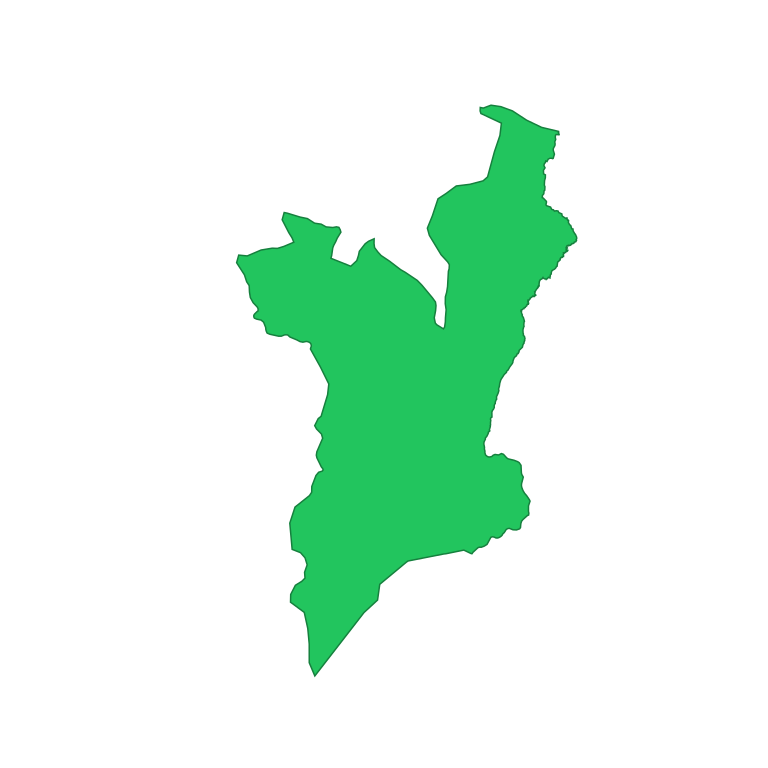 the district of Baboua, Nana-Mambéré, Central African Republic, rotated 197°
{"feature_id": "33826404B17315710707848", "entity_name": "Baboua", "entity_type": "district", "adm_level": 2, "iso_a3": "CAF", "parent_name": "Central African Republic", "parent_adm1": "Nana-Mambéré", "projection": "natural_earth1", "projection_center": [14.687, 5.816], "detail": "fine", "context": "isolated", "style": "filled", "palette": "green", "viewbox_px": 768, "rotation_deg": 197, "n_neighbors": 0, "source": "geoboundaries", "source_scale": "gbopen_adm2", "svg_char_len": 6169}
<svg xmlns="http://www.w3.org/2000/svg" viewBox="0 0 768 768"><g transform="rotate(197 384 384)"><path d="M372.8,676.6L371.9,673.2L370.4,671.0L348.0,667.8L345.8,655.6L346.3,638.5L345.5,612.3L348.7,607.2L360.2,600.1L372.8,594.5L380.5,584.1L386.5,576.9L386.9,559.0L388.1,545.7L384.1,539.4L367.2,524.3L358.7,519.3L356.4,517.2L355.4,513.2L355.4,510.7L351.7,495.7L350.9,490.0L350.8,485.3L348.9,478.7L346.3,473.2L344.6,465.3L343.5,461.3L342.7,456.2L343.3,454.1L350.6,456.0L352.7,457.2L355.3,462.0L356.1,469.2L357.2,474.2L358.8,477.5L362.9,480.6L376.5,489.5L382.5,492.8L396.3,497.0L401.5,498.2L414.7,503.1L424.3,506.0L428.4,508.4L432.9,511.7L434.6,515.4L435.9,520.0L440.5,516.0L443.0,512.6L446.4,503.7L446.0,499.4L446.1,494.0L450.2,486.9L471.5,488.7L471.6,491.5L472.8,499.2L472.6,502.0L471.8,506.0L471.4,509.7L469.6,516.6L471.0,518.7L472.9,520.6L475.4,520.4L478.7,518.7L485.3,517.3L490.8,518.5L497.4,517.5L505.6,519.8L513.1,519.1L526.2,519.1L529.6,518.8L529.4,511.3L519.3,500.9L514.7,496.9L511.7,493.2L520.1,486.2L525.6,482.5L530.6,481.2L540.7,476.2L552.2,466.5L560.6,464.8L560.4,456.9L549.4,447.6L545.2,441.6L541.7,438.7L539.5,432.5L537.1,427.6L532.9,423.5L527.8,420.6L526.4,419.2L525.8,417.0L526.4,416.4L528.2,413.1L528.6,411.7L528.1,410.1L527.2,409.1L524.8,408.8L520.3,409.2L517.2,407.9L513.7,403.5L512.8,401.3L511.8,399.8L510.6,398.5L507.6,398.2L498.9,398.9L496.2,399.7L493.3,402.0L490.6,402.8L487.6,401.4L480.4,400.7L476.7,400.0L473.8,400.3L470.7,402.0L468.6,402.2L466.5,401.7L465.4,400.7L464.6,399.1L464.6,396.0L449.8,381.7L436.8,367.9L434.8,357.3L434.7,334.7L436.8,331.7L438.1,323.9L435.4,321.3L429.2,317.9L426.8,314.2L428.4,299.5L427.9,296.1L426.6,293.8L419.7,286.4L417.9,285.2L417.1,284.1L417.5,282.7L420.7,280.5L422.3,276.6L423.1,264.9L421.5,259.3L422.7,255.4L433.1,240.3L433.4,223.4L423.5,199.0L414.5,198.3L408.7,194.7L404.6,188.6L404.9,180.7L402.8,175.3L404.9,171.3L409.9,165.6L411.7,155.5L409.6,148.0L393.5,142.3L385.4,127.9L379.5,113.5L374.0,95.6L364.8,84.6L336.3,159.6L327.0,175.5L329.5,191.2L310.5,220.2L309.2,221.8L277.2,238.9L275.1,239.8L259.1,248.5L250.4,247.2L250.4,246.9L249.7,249.1L246.3,254.9L245.0,255.9L243.3,256.3L240.8,258.2L238.6,260.7L237.0,268.6L235.7,269.6L233.8,269.8L231.9,269.5L230.2,270.0L228.9,271.0L227.8,272.2L226.9,273.7L226.5,275.6L225.6,277.0L224.6,280.6L223.4,281.9L222.0,282.6L218.0,282.3L214.6,283.2L212.0,285.1L211.5,286.6L212.3,290.4L212.3,293.0L211.6,294.8L209.1,299.0L208.2,300.4L207.4,300.9L207.7,302.8L208.6,304.4L210.2,309.7L210.1,314.7L211.2,315.9L214.9,318.9L217.6,320.6L220.0,322.8L222.0,325.4L222.8,326.9L223.3,328.8L223.6,335.7L225.9,337.9L226.7,339.4L229.2,346.3L231.7,348.3L233.4,348.8L237.4,349.1L243.4,348.7L245.0,349.2L249.2,351.7L251.4,351.8L253.7,349.6L257.2,349.1L258.8,347.8L259.6,346.3L261.3,345.2L262.6,344.8L264.0,344.9L266.0,345.7L267.4,347.7L267.9,349.4L269.0,351.2L269.4,352.9L271.0,355.8L271.4,357.9L270.9,360.8L271.3,362.0L270.4,363.9L269.9,366.9L269.9,367.9L270.2,368.3L269.1,370.1L269.8,370.8L269.9,374.5L270.3,375.1L270.1,375.9L270.8,377.8L271.3,380.6L272.0,381.6L271.8,383.3L271.1,383.9L272.7,388.9L272.4,390.8L271.9,392.0L271.7,393.8L272.3,395.5L272.3,396.3L272.3,397.0L271.9,397.8L272.3,399.3L272.2,401.4L271.8,402.3L272.7,404.7L272.2,408.3L272.2,411.2L273.0,412.8L273.0,415.5L273.5,418.6L273.5,422.3L271.8,428.3L270.3,430.9L270.5,431.6L270.1,432.8L269.5,433.5L268.7,437.2L267.3,441.0L267.1,442.2L267.4,443.9L267.2,446.9L266.9,447.8L265.6,449.7L265.5,451.6L264.8,452.1L264.5,452.7L264.7,453.1L264.2,454.3L264.6,455.0L264.4,456.0L262.4,459.6L262.6,462.4L262.0,464.2L262.4,464.7L262.1,466.7L262.5,467.2L262.4,468.5L263.6,470.6L265.0,471.3L265.3,472.6L265.9,473.4L266.7,475.6L267.0,476.7L267.1,479.3L266.9,480.0L267.6,481.4L268.2,484.3L268.0,485.0L270.2,488.4L271.8,489.6L271.9,490.5L273.4,492.3L273.8,493.9L274.4,493.7L274.6,494.5L274.3,495.1L273.7,495.3L272.7,496.9L272.2,497.0L272.2,497.9L271.3,498.5L271.2,499.3L270.3,500.6L270.4,501.9L269.3,502.5L269.3,503.6L270.0,503.7L270.1,505.1L270.7,505.2L270.8,506.4L269.9,506.5L269.5,507.8L269.1,508.2L269.3,508.9L268.1,510.2L267.4,511.6L266.1,511.4L265.8,511.9L266.0,512.6L265.2,512.7L264.8,513.4L265.7,513.8L266.3,514.5L266.3,515.7L266.9,516.3L266.4,516.9L265.8,519.4L265.1,520.7L265.3,521.1L265.3,521.6L264.8,521.8L265.0,523.0L264.3,523.2L264.9,524.7L265.4,527.5L265.0,529.5L263.6,530.8L263.1,532.3L262.7,531.9L261.2,531.5L259.9,531.8L259.5,531.4L259.1,532.2L258.6,532.4L258.0,534.1L256.3,533.9L256.6,535.4L256.5,535.8L256.9,536.7L256.2,538.2L256.6,539.2L256.5,541.6L254.5,543.7L253.8,544.9L253.4,546.7L252.9,547.2L253.6,551.5L252.8,552.3L252.4,553.5L251.9,553.9L251.9,554.7L252.2,554.9L251.9,556.5L251.3,556.7L251.1,557.3L250.5,557.3L250.4,558.2L249.6,558.4L249.7,559.1L250.5,560.2L250.2,560.9L250.7,561.9L249.7,562.0L249.6,562.6L248.7,562.9L248.7,564.5L247.7,564.4L247.3,565.2L247.3,565.6L248.5,565.5L248.6,566.1L248.8,566.2L248.9,565.8L249.3,566.2L248.4,567.7L248.6,567.9L249.5,567.9L249.5,567.4L249.8,567.8L249.7,568.2L249.3,569.5L249.0,569.6L249.2,569.9L248.0,570.7L247.8,570.3L246.4,571.1L246.1,571.9L245.8,571.9L245.4,573.2L244.5,573.3L244.3,573.8L243.6,574.2L243.5,575.3L242.2,576.1L241.9,577.7L242.5,578.2L242.2,579.3L242.7,580.7L244.8,583.2L245.3,583.3L247.9,585.7L248.6,587.5L249.8,587.3L251.8,590.2L253.1,590.6L255.0,592.5L255.2,594.2L255.6,594.6L256.2,594.3L256.7,594.7L257.3,595.5L257.4,596.2L258.1,596.1L258.5,595.5L262.4,596.6L263.0,597.2L263.7,598.7L266.9,599.0L268.1,600.3L269.8,600.1L271.6,599.2L272.9,600.1L274.7,600.0L276.4,601.9L280.4,602.0L281.2,602.4L281.6,603.1L281.8,605.6L282.2,606.2L286.1,608.4L287.2,608.5L287.6,610.7L286.8,612.6L287.4,615.5L286.9,616.3L287.8,619.8L288.8,621.0L289.9,625.4L290.0,628.4L290.8,631.2L292.8,631.6L294.0,635.0L293.2,637.8L295.0,639.7L295.1,641.8L294.5,642.6L294.5,644.6L293.2,644.4L292.7,647.1L291.3,648.4L289.5,648.9L288.6,648.8L288.2,649.2L288.2,653.6L290.4,656.9L290.8,657.9L290.9,658.8L290.3,662.0L290.4,662.8L290.6,663.7L291.5,665.5L291.3,668.1L292.3,669.9L292.7,671.8L292.4,672.9L289.5,673.5L289.5,674.0L290.8,675.3L290.5,675.7L290.9,676.6L308.3,675.5L324.8,678.0L340.9,682.7L353.3,683.4L363.2,681.9L369.7,676.9L372.8,676.6Z" fill="#22c55e" stroke="#15803d" stroke-width="1.5"/></g></svg>